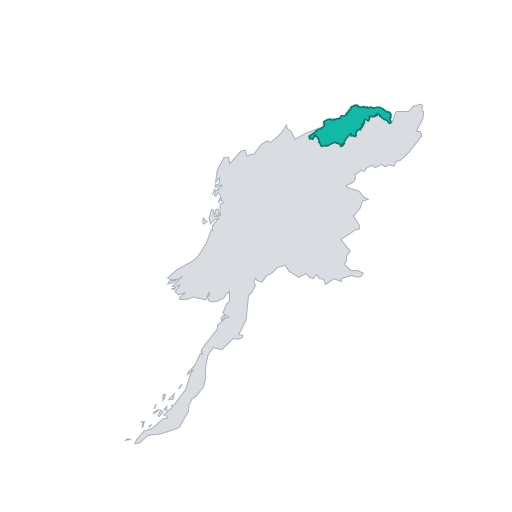 Hkamti, Sagaing, Myanmar (highlighted), rotated 43°
{"feature_id": "60261553B91156237471736", "entity_name": "Hkamti", "entity_type": "district", "adm_level": 2, "iso_a3": "MMR", "parent_name": "Myanmar", "parent_adm1": "Sagaing", "projection": "natural_earth1", "projection_center": [95.699, 25.834], "detail": "fine", "context": "in_parent", "style": "filled", "palette": "teal", "viewbox_px": 512, "rotation_deg": 43, "n_neighbors": 0, "source": "geoboundaries", "source_scale": "gbopen_adm2", "svg_char_len": 9252}
<svg xmlns="http://www.w3.org/2000/svg" viewBox="0 0 512 512"><g transform="rotate(43 256 256)"><path d="M326.1,229.4L321.4,226.8L318.0,229.2L312.7,228.3L313.3,233.4L310.3,235.1L304.9,234.6L301.8,242.5L290.7,244.5L283.5,243.0L279.5,250.0L279.3,257.9L277.3,262.7L278.1,270.9L273.4,273.1L270.6,272.6L272.1,276.4L275.8,278.1L278.1,286.6L277.4,289.9L292.4,309.6L296.9,325.1L300.5,323.0L301.6,324.5L300.2,328.6L295.6,331.8L294.9,348.1L287.4,352.1L287.7,357.5L288.6,361.4L295.3,372.3L302.7,379.7L306.9,387.7L307.8,399.3L306.7,404.1L308.7,411.1L312.5,415.7L316.9,434.0L308.2,450.2L299.4,460.8L298.3,472.1L295.4,475.8L294.0,472.3L293.4,460.5L297.7,453.0L299.0,438.6L301.7,435.5L300.3,434.1L296.8,435.0L298.0,423.4L296.0,422.9L297.6,420.4L295.5,401.0L288.7,387.3L287.7,381.4L286.7,389.3L285.9,387.8L285.7,377.0L281.7,365.3L282.1,364.2L284.0,365.3L282.3,362.6L280.9,363.2L279.7,360.3L277.6,336.0L275.0,332.5L276.0,322.0L277.9,319.4L270.7,320.4L267.4,311.6L267.1,306.7L260.0,299.4L261.2,301.7L260.0,304.1L261.2,308.3L258.3,316.0L255.4,319.5L251.5,320.9L248.4,318.7L247.7,314.6L246.5,314.6L249.3,322.3L237.9,328.9L236.1,333.5L230.2,339.6L228.4,338.8L229.4,330.6L225.9,337.2L221.1,337.3L220.1,328.6L218.2,333.7L215.4,335.3L216.2,320.7L215.5,324.9L210.9,330.7L206.4,332.6L207.4,320.6L213.4,301.6L213.9,295.4L210.8,280.2L205.5,267.5L207.0,267.2L203.5,263.6L203.0,254.1L200.9,257.5L200.6,263.4L196.1,260.4L191.8,252.2L193.5,251.4L198.5,255.3L201.3,253.1L202.0,250.5L194.2,242.4L196.2,239.1L193.6,239.2L186.9,235.3L185.0,236.1L185.9,239.5L184.5,240.4L181.9,235.2L183.8,232.7L182.2,232.6L183.2,228.0L182.6,227.3L179.5,233.4L177.6,232.0L179.7,228.9L178.9,227.1L176.0,223.5L176.3,229.9L169.3,219.8L165.4,206.0L168.5,202.5L173.9,206.5L173.5,189.5L175.8,185.9L181.4,188.9L183.0,184.6L185.1,183.5L183.7,171.7L185.5,164.2L189.2,162.9L190.1,156.8L190.6,148.6L188.9,139.4L192.2,141.6L196.0,140.8L205.0,143.9L208.3,133.2L216.7,115.7L213.6,111.7L214.1,109.2L221.5,100.0L225.2,91.8L223.6,84.5L225.2,78.5L231.8,74.7L246.3,62.5L257.1,60.8L261.5,65.6L264.5,66.0L260.0,54.7L269.1,46.2L268.8,39.5L273.1,32.4L275.5,32.7L277.7,36.2L280.0,36.1L284.2,41.3L288.3,55.5L291.3,53.0L295.3,55.0L297.2,76.0L296.2,88.3L293.8,91.1L295.7,96.1L291.9,97.9L289.3,102.8L285.5,103.2L282.8,109.9L279.0,110.8L276.9,116.1L277.4,120.0L274.3,122.3L273.3,129.1L276.0,131.8L276.9,135.4L274.0,143.1L276.5,143.4L287.0,138.3L294.5,139.3L299.5,138.0L296.4,143.2L299.5,150.0L300.2,160.4L311.4,163.3L313.2,166.0L310.8,169.2L307.0,186.0L321.7,188.3L322.2,194.8L325.3,197.2L325.8,200.7L327.8,201.9L335.7,201.7L340.3,197.3L346.2,195.4L346.6,199.1L345.3,201.8L338.8,205.5L334.4,213.2L334.1,214.9L336.1,216.4L328.6,219.5L326.1,229.4ZM196.3,247.6L201.0,250.7L200.1,253.1L197.1,253.2L194.9,249.2L196.3,247.6ZM290.1,412.5L293.1,417.4L290.2,420.7L290.1,412.5ZM195.7,268.6L193.3,266.8L191.6,264.2L196.9,264.3L195.7,268.6ZM294.5,433.4L294.6,439.8L292.7,439.1L291.5,433.8L294.5,433.4ZM213.4,332.5L210.3,336.6L209.8,333.1L214.2,328.1L213.4,332.5ZM274.8,326.9L272.9,325.7L272.6,321.9L274.1,320.9L275.3,322.7L274.8,326.9ZM288.3,441.3L287.9,439.1L289.9,434.0L289.6,438.5L288.3,441.3ZM287.2,453.2L289.8,458.0L289.4,458.9L287.0,455.2L285.4,455.4L287.2,453.2ZM296.2,429.8L293.5,431.2L293.3,426.8L296.2,429.8ZM289.8,475.4L286.3,479.6L286.7,477.2L289.8,475.4ZM181.0,235.9L182.3,241.1L180.1,235.0L181.0,235.9ZM290.1,402.5L290.0,406.4L289.1,400.0L290.1,402.5ZM191.8,239.6L192.2,242.9L190.2,238.2L191.8,239.6ZM286.5,425.2L284.5,423.2L285.2,421.8L286.2,422.1L286.5,425.2ZM285.1,419.5L283.8,422.1L282.5,420.5L283.5,419.4L285.1,419.5ZM285.4,435.2L285.5,437.5L284.0,432.1L285.4,435.2ZM218.3,337.3L216.8,337.2L218.8,334.6L219.0,335.6L218.3,337.3ZM294.9,453.6L293.6,453.2L294.6,450.6L294.9,453.6Z" fill="#d9dde1" stroke="#a8b0b8" stroke-width="1"/><path d="M245.7,90.0L245.6,89.8L245.8,89.4L245.7,89.1L244.9,88.7L245.1,88.5L245.0,88.4L245.3,88.2L245.2,87.8L245.1,87.7L245.0,87.3L244.7,87.5L244.8,87.3L244.4,87.2L244.7,87.1L244.4,87.0L244.2,86.8L244.2,87.1L244.1,86.6L244.3,86.2L244.5,86.3L244.4,86.1L244.6,86.1L244.3,86.0L244.3,85.9L244.7,85.3L244.6,85.1L244.7,84.9L244.4,84.8L244.2,84.7L244.3,84.5L244.0,84.3L243.7,84.2L243.6,84.4L243.4,84.4L243.4,84.0L243.1,83.9L243.2,83.6L242.8,83.4L242.6,83.4L242.4,83.2L242.6,83.0L242.6,82.6L242.8,82.6L243.0,82.4L242.6,81.7L242.7,81.2L243.4,81.0L244.3,81.0L244.8,80.9L245.4,81.0L245.9,80.9L246.1,80.7L246.2,80.2L246.1,79.9L245.8,79.7L245.8,79.3L245.6,78.8L245.3,78.5L245.1,78.0L245.2,77.5L244.2,77.2L244.5,76.7L244.4,76.6L244.4,76.4L244.0,76.4L244.6,75.9L244.6,75.4L245.7,74.8L246.4,74.7L246.7,73.8L247.0,73.9L247.5,73.6L247.5,72.9L247.2,71.9L247.4,71.5L247.9,71.8L248.2,71.8L248.2,71.2L248.4,70.6L248.8,70.5L248.9,70.2L248.5,69.8L248.2,70.0L247.6,70.0L247.5,69.8L247.4,69.9L247.1,69.5L247.5,69.2L248.6,69.1L249.1,68.3L249.5,68.3L250.1,68.6L250.6,68.6L250.7,68.9L251.0,69.2L251.5,69.2L251.7,68.7L252.2,69.1L252.5,68.9L252.8,69.0L253.0,68.9L253.9,69.2L254.2,68.8L255.4,68.6L256.4,69.0L256.9,68.7L257.3,67.8L257.8,67.8L258.3,68.0L259.5,67.6L260.3,67.7L260.7,67.9L261.3,67.7L261.6,68.0L262.2,68.2L262.6,67.8L263.2,67.9L263.2,67.6L263.5,67.4L263.8,66.6L263.1,65.7L262.4,65.4L262.2,65.1L260.4,64.7L259.7,64.2L259.6,63.7L260.2,63.3L260.2,62.6L259.8,62.6L259.4,62.3L259.4,61.8L258.9,61.4L258.5,60.5L257.8,60.2L257.6,60.3L257.0,60.1L256.5,59.8L256.4,60.2L254.8,60.0L254.6,60.0L254.3,60.4L254.4,60.7L253.5,61.1L253.3,61.4L253.3,61.5L252.9,61.9L252.6,61.6L251.6,61.4L251.0,61.5L250.6,61.8L250.0,62.0L249.5,61.7L249.3,61.9L248.7,61.7L248.1,61.9L247.9,62.2L247.1,62.1L246.8,62.5L246.5,62.5L246.2,62.8L245.6,62.8L244.3,63.4L242.9,64.6L242.6,65.4L241.6,67.0L241.5,67.6L240.6,67.9L240.5,68.1L240.1,68.2L240.0,68.5L239.2,68.6L238.6,68.5L238.5,68.9L237.7,69.7L237.7,69.9L237.8,70.2L237.5,70.7L237.5,71.1L237.0,71.7L236.6,71.6L235.9,71.1L235.4,71.8L235.2,71.9L235.1,72.5L234.7,73.3L233.9,73.2L233.7,72.9L233.4,72.8L232.9,73.4L232.7,73.4L232.2,74.9L231.7,75.0L231.3,75.6L231.2,76.0L230.7,76.2L230.5,76.4L230.0,76.4L229.8,76.7L229.3,76.6L228.6,77.1L227.7,77.1L227.7,76.5L227.3,76.5L226.8,77.2L226.6,77.4L226.2,77.4L225.9,77.6L225.9,77.8L225.5,78.1L225.6,78.8L225.3,79.4L225.1,79.4L224.7,79.8L224.9,80.3L224.1,81.4L223.9,82.0L224.2,82.0L224.6,82.7L224.5,83.2L225.2,83.7L225.0,84.9L225.1,85.7L225.0,86.3L225.1,86.8L224.9,87.2L225.4,87.7L225.0,88.2L225.1,88.5L224.9,89.0L225.1,89.7L224.9,90.2L225.0,90.4L225.5,90.7L225.9,90.6L226.3,91.1L225.9,91.6L225.7,92.2L224.8,93.5L224.4,94.0L223.6,94.4L223.4,94.6L223.2,94.6L222.8,95.3L222.9,95.7L222.8,95.8L222.8,96.1L223.1,96.8L223.2,97.3L223.6,97.7L223.5,98.7L223.3,99.1L222.4,99.5L222.3,99.9L221.3,100.8L220.9,102.2L220.2,102.6L220.5,103.2L220.2,103.3L219.8,103.2L219.4,103.5L219.1,103.9L219.1,104.3L218.6,105.1L218.0,105.3L217.6,105.0L217.4,105.3L216.9,105.6L216.2,105.7L215.9,106.9L215.2,107.4L215.2,108.2L214.7,109.3L214.3,110.5L214.2,111.3L214.1,111.8L214.4,112.3L214.7,112.5L214.9,112.4L215.4,112.9L215.8,113.0L216.1,113.3L216.4,113.1L216.6,113.4L217.3,113.7L217.4,114.9L217.3,115.3L217.4,116.1L217.1,116.8L216.7,117.1L216.5,117.6L216.5,117.8L216.7,118.1L216.8,118.5L216.6,118.6L216.2,119.6L215.5,120.2L215.2,120.8L215.0,121.9L215.1,122.7L214.7,123.5L215.2,123.4L215.3,123.6L215.2,124.1L214.6,125.7L213.2,131.9L213.2,132.1L213.7,132.2L213.7,132.7L214.5,133.0L214.8,133.6L215.2,133.8L215.5,133.8L215.8,133.1L216.1,132.9L216.5,131.9L216.8,131.9L216.9,132.2L217.3,132.3L218.0,131.9L217.9,131.3L217.5,130.9L217.6,130.0L216.2,127.5L216.2,127.0L216.5,126.9L216.8,127.0L216.9,127.8L217.6,127.5L217.8,127.5L217.9,127.9L218.3,127.6L218.4,127.1L219.4,127.2L220.1,127.7L220.5,127.6L220.8,127.2L221.4,127.5L221.8,128.1L222.2,128.0L223.0,128.3L224.0,129.5L224.0,129.4L224.2,129.5L224.5,129.4L225.0,129.7L225.3,129.7L225.4,129.8L225.8,129.8L226.3,130.3L227.8,130.5L228.1,131.2L228.9,130.9L229.5,130.9L229.9,130.4L231.1,128.3L231.4,128.1L231.4,127.8L231.6,127.6L231.8,127.4L232.1,127.3L232.5,127.7L232.8,127.4L233.1,126.7L233.3,126.6L233.5,126.2L233.9,124.5L234.5,123.3L234.7,122.1L236.3,118.9L236.5,119.0L236.7,118.7L237.1,118.8L237.5,118.6L238.0,118.6L238.1,118.0L238.7,117.9L238.8,117.7L239.2,117.8L240.1,117.7L240.5,117.5L240.5,117.3L240.4,117.2L240.6,117.0L241.8,117.0L241.9,116.8L242.0,116.9L242.4,116.8L242.7,116.4L242.5,116.1L242.5,115.9L242.6,115.2L242.8,114.7L243.0,114.9L243.1,115.0L243.4,115.1L243.5,115.5L243.4,115.8L243.4,116.5L243.3,116.3L243.1,116.5L243.0,116.4L242.8,116.8L242.7,118.0L243.0,118.1L243.4,118.0L243.8,117.1L244.0,116.9L243.9,116.7L244.2,115.7L244.1,115.4L244.1,115.0L244.1,114.8L243.6,114.7L243.8,114.0L243.5,114.1L243.7,113.7L243.5,113.1L243.0,112.8L242.9,112.3L242.5,111.7L242.4,110.8L242.4,110.3L242.3,110.0L242.1,109.9L242.0,109.3L241.8,109.0L241.9,104.8L241.7,102.2L242.0,101.7L243.6,102.8L243.6,103.0L243.8,103.2L244.4,102.0L244.6,101.8L244.9,102.1L245.3,101.8L245.6,101.8L245.9,101.5L246.0,101.6L246.6,100.9L246.9,100.8L246.6,100.7L246.5,100.4L246.8,99.9L246.7,99.6L246.9,99.4L246.6,99.1L246.5,98.8L246.1,98.7L246.0,98.8L245.5,98.6L245.4,98.2L245.0,97.9L244.9,97.6L245.1,97.1L245.1,96.6L244.8,96.3L244.7,95.7L244.3,95.3L244.8,94.8L245.0,93.8L244.9,93.4L245.0,92.8L245.3,92.6L245.7,92.7L245.9,92.3L246.1,92.4L246.0,92.1L246.2,91.3L245.9,91.2L246.0,90.9L245.6,90.6L245.8,90.5L245.7,90.3L245.7,90.0Z" fill="#14b8a6" stroke="#0f766e" stroke-width="1.5"/></g></svg>